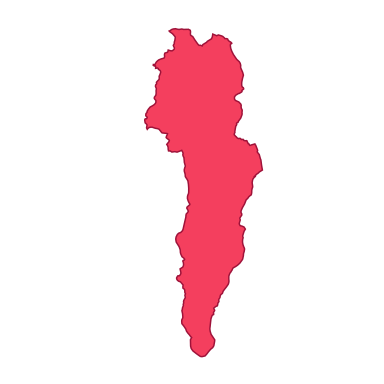 outline of Slatina-Timis, Caras-Severin, Romania, rotated 102°
{"feature_id": "2599482B22285282547610", "entity_name": "Slatina-Timis", "entity_type": "district", "adm_level": 2, "iso_a3": "ROU", "parent_name": "Romania", "parent_adm1": "Caras-Severin", "projection": "orthographic", "projection_center": [22.317, 45.248], "detail": "fine", "context": "isolated", "style": "filled", "palette": "rose", "viewbox_px": 384, "rotation_deg": 102, "n_neighbors": 0, "source": "geoboundaries", "source_scale": "gbopen_adm2", "svg_char_len": 6028}
<svg xmlns="http://www.w3.org/2000/svg" viewBox="0 0 384 384"><g transform="rotate(102 192 192)"><path d="M349.6,145.1L347.3,143.8L344.9,142.7L342.0,141.1L339.9,139.4L337.9,138.7L333.6,138.8L331.9,139.0L327.3,143.7L324.4,145.3L322.2,146.1L312.1,147.1L308.8,146.7L308.0,146.3L307.4,145.4L306.8,145.4L305.9,145.9L305.6,145.9L304.5,145.7L303.4,145.2L302.7,145.4L302.0,146.1L301.1,146.6L299.1,145.0L298.6,144.4L298.3,143.7L297.1,143.4L296.1,143.6L295.1,143.5L294.3,143.1L293.4,142.9L292.2,143.4L291.3,143.4L289.4,142.7L288.4,142.8L286.9,142.7L285.8,142.0L284.9,141.2L282.5,140.9L280.1,139.8L277.7,138.6L274.8,137.4L273.2,137.2L271.6,137.3L269.1,138.0L266.5,138.5L263.7,138.1L262.3,137.4L261.0,137.0L260.1,136.6L258.4,136.3L257.5,135.8L255.9,133.9L254.1,132.2L251.6,130.4L248.0,128.8L247.1,128.5L245.7,128.5L243.6,128.5L241.6,128.8L239.2,128.6L237.1,128.7L236.2,129.0L234.7,130.1L232.7,131.3L230.4,132.2L228.0,132.6L226.0,132.5L225.1,133.1L224.0,133.3L219.6,132.9L218.4,132.5L217.2,132.1L215.4,133.9L215.0,135.9L214.9,137.9L214.4,138.4L213.3,139.2L211.7,139.2L209.7,139.0L208.8,139.2L208.1,139.7L207.4,139.8L204.2,138.5L203.0,138.8L202.0,139.7L201.0,140.0L199.8,140.0L196.8,139.4L192.7,138.1L188.4,137.4L186.7,136.2L184.8,135.4L183.7,134.6L182.7,133.6L181.8,133.4L181.2,133.5L180.7,133.4L177.8,133.9L175.9,133.9L175.0,133.7L173.9,133.8L170.4,135.1L168.0,135.2L166.7,135.1L164.9,134.3L163.9,133.5L163.7,134.1L162.9,133.4L162.1,133.1L160.8,132.2L160.1,131.4L159.5,131.0L158.3,130.2L155.9,127.7L151.4,129.5L146.3,131.3L145.1,132.1L141.4,134.0L139.4,136.4L138.9,136.6L137.9,136.4L137.0,136.8L133.5,139.1L132.9,139.5L132.7,140.0L131.9,140.5L133.5,143.5L134.4,144.9L134.4,145.1L134.1,145.5L133.3,146.1L133.1,146.4L133.1,147.0L132.1,147.7L131.5,148.3L130.5,148.9L130.4,149.4L130.8,150.3L130.8,151.1L130.7,151.7L130.8,151.7L130.8,152.0L129.9,152.9L130.4,154.7L129.6,155.7L129.6,156.4L130.1,157.9L129.6,159.2L129.5,159.5L128.9,160.0L128.6,160.7L127.2,162.6L125.9,162.7L124.7,162.4L124.0,162.7L118.5,162.9L117.7,162.5L116.7,162.3L115.5,162.7L114.9,162.3L114.4,161.5L112.9,161.2L109.6,159.7L106.3,159.2L105.2,159.2L104.0,159.6L102.1,159.8L101.3,160.0L99.8,161.2L98.4,161.7L97.0,161.9L95.9,162.5L94.2,164.9L93.5,168.2L92.7,169.5L91.7,169.9L90.7,170.1L90.1,170.2L88.2,169.3L86.0,167.0L85.9,166.6L85.6,166.0L85.0,165.5L84.4,164.8L83.6,164.1L82.9,164.0L82.3,164.3L80.6,162.9L80.0,163.0L79.2,163.6L79.1,164.4L77.6,165.5L74.9,166.1L73.3,166.2L70.1,166.2L67.0,166.0L64.3,167.4L60.4,170.2L59.3,170.5L57.9,170.7L56.1,171.6L54.7,172.9L53.0,175.8L49.0,180.0L46.0,182.4L43.4,184.0L40.6,185.0L39.6,185.1L38.9,184.8L38.7,184.2L38.2,184.0L37.3,185.3L36.9,186.8L35.9,188.3L34.9,189.0L34.8,190.0L35.1,191.8L34.5,192.4L33.4,194.3L33.1,196.0L32.9,198.9L34.0,200.3L33.2,204.5L36.1,204.4L38.1,204.8L41.5,208.4L42.5,208.8L45.5,212.0L47.0,212.4L46.7,214.3L47.1,215.6L46.5,216.6L45.1,218.2L42.5,221.0L39.8,223.6L39.0,225.9L37.5,226.5L35.7,226.7L34.2,227.3L33.6,229.3L34.7,233.9L34.7,235.9L35.7,238.5L35.8,240.4L35.7,242.2L36.1,243.1L36.4,244.2L37.3,245.7L38.9,247.2L39.3,247.8L39.8,247.2L41.2,244.0L42.4,242.4L43.7,240.8L44.3,240.5L47.1,240.3L49.1,240.5L50.3,240.2L51.0,240.3L52.4,240.8L53.6,240.1L54.6,239.2L55.7,239.1L56.1,239.1L57.8,240.5L58.1,241.0L58.3,242.2L58.1,244.8L60.0,244.8L60.6,245.2L60.8,245.8L61.9,247.5L63.5,247.5L65.3,246.9L66.6,247.1L67.0,247.5L68.2,249.8L69.7,252.0L70.9,253.0L72.3,253.9L75.0,254.8L75.3,255.5L75.3,256.3L76.1,256.3L76.3,255.8L76.6,255.0L76.3,254.5L76.3,254.0L77.4,253.5L78.6,253.3L77.9,251.7L78.3,250.6L79.0,250.4L79.8,248.4L80.6,247.8L81.6,247.5L83.9,247.8L85.6,248.2L87.0,247.8L88.5,247.6L89.2,247.9L90.6,248.8L92.1,249.6L92.8,249.3L93.6,249.1L94.6,249.7L95.1,249.8L96.3,249.7L97.2,249.1L98.0,248.5L98.6,248.3L100.4,248.2L102.8,247.6L104.9,247.5L107.1,248.5L108.2,248.4L109.0,247.7L109.9,246.4L111.6,246.0L112.2,246.0L113.4,246.5L114.6,247.3L115.8,248.5L117.6,250.6L120.1,251.9L122.4,252.7L123.5,252.5L124.8,253.3L126.6,253.2L127.3,252.8L128.2,251.3L128.6,251.3L129.8,251.7L130.0,252.5L130.5,253.2L131.5,253.2L134.1,252.2L134.7,251.1L135.5,250.1L136.2,249.9L138.7,249.8L140.0,248.8L138.8,248.2L137.8,247.3L137.2,245.9L136.9,244.4L137.3,241.1L137.2,239.0L137.4,237.4L138.8,235.6L140.2,234.0L140.4,233.4L140.0,229.2L140.0,228.1L141.0,228.1L142.8,228.6L144.1,228.6L144.5,228.1L145.9,225.3L146.5,224.8L147.7,225.1L150.7,226.6L151.9,225.4L153.4,224.6L155.1,224.2L156.7,223.5L156.4,221.8L157.1,220.0L156.1,217.2L156.1,214.9L154.8,212.8L153.4,210.7L154.2,210.1L154.9,209.4L156.1,208.7L156.9,208.8L157.8,208.6L159.2,207.8L160.0,207.0L160.9,206.8L162.7,206.2L164.5,205.7L167.8,204.0L168.5,203.9L169.3,204.1L171.1,204.2L171.9,204.2L173.4,203.8L175.8,202.5L178.4,201.7L180.8,199.3L182.0,198.3L185.2,197.1L189.0,196.0L192.9,195.2L194.2,195.1L195.7,195.4L197.1,195.5L199.1,195.2L200.5,194.5L201.8,193.7L203.0,192.8L204.1,191.7L204.8,191.5L207.6,193.6L208.8,193.8L210.9,192.0L211.8,191.6L213.3,192.2L214.8,193.1L216.6,193.0L217.7,192.8L230.3,193.0L231.9,193.3L233.9,194.6L235.1,196.5L236.6,197.5L239.3,198.2L241.4,198.1L243.6,197.3L244.3,197.0L248.2,193.2L251.0,191.5L253.8,190.7L255.1,190.0L257.4,188.3L258.3,186.4L259.3,185.2L260.1,185.4L260.9,186.5L261.5,186.6L262.8,185.8L264.6,185.2L265.8,185.1L267.0,185.3L267.3,185.4L267.8,185.8L269.7,187.7L271.6,186.8L273.5,186.0L274.4,186.0L275.9,186.5L276.4,186.9L276.8,187.4L276.8,188.0L276.9,188.4L277.8,188.8L278.7,189.1L279.2,189.2L280.0,189.0L280.8,188.5L281.5,187.7L282.1,186.3L282.2,185.5L282.2,184.8L282.9,183.8L284.8,181.4L286.8,181.2L288.0,180.8L288.6,179.4L289.3,178.8L292.0,178.0L292.9,177.2L293.6,177.3L294.2,177.5L295.1,177.3L295.8,176.8L296.7,176.6L299.8,177.5L301.0,177.5L301.7,177.2L302.4,177.1L303.9,177.2L305.0,176.8L306.9,177.2L307.8,177.2L308.7,177.1L310.2,177.2L313.1,175.9L316.1,175.0L317.1,174.9L319.3,175.4L320.6,175.2L322.9,174.5L324.8,172.2L327.3,169.6L329.2,168.5L330.8,166.8L332.2,164.9L333.8,163.1L334.4,162.1L336.8,162.8L343.1,161.3L345.3,160.2L347.3,158.0L349.3,153.9L351.1,149.7L351.0,148.0L349.6,145.1Z" fill="#f43f5e" stroke="#9f1239" stroke-width="1.5"/></g></svg>